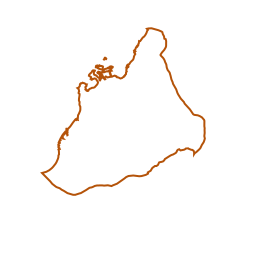 Massawa, Semenawi Keyih Bahri, Eritrea (Mercator projection), rotated 224°
{"feature_id": "51966322B1208427285915", "entity_name": "Massawa", "entity_type": "district", "adm_level": 2, "iso_a3": "ERI", "parent_name": "Eritrea", "parent_adm1": "Semenawi Keyih Bahri", "projection": "mercator", "projection_center": [39.431, 15.642], "detail": "fine", "context": "isolated", "style": "outline", "palette": "amber", "viewbox_px": 256, "rotation_deg": 224, "n_neighbors": 0, "source": "geoboundaries", "source_scale": "gbopen_adm2", "svg_char_len": 5958}
<svg xmlns="http://www.w3.org/2000/svg" viewBox="0 0 256 256"><g transform="rotate(224 128 128)"><path d="M183.3,212.5L181.8,212.3L181.6,210.9L180.9,209.6L180.2,207.3L179.9,205.1L180.2,203.3L179.6,199.0L179.8,198.5L180.4,198.2L179.0,196.3L179.0,195.8L178.1,194.7L178.2,193.6L178.5,193.6L178.5,193.3L178.3,192.3L177.8,192.5L177.8,192.3L178.1,191.2L177.4,189.8L177.4,188.1L176.1,188.3L176.2,187.9L176.6,187.8L176.6,187.1L176.0,186.5L175.5,186.5L175.1,186.8L174.1,186.2L174.1,185.7L173.4,183.6L172.6,182.5L171.8,180.8L171.9,176.9L171.4,174.7L171.6,174.0L172.0,173.9L172.2,173.3L172.2,172.4L171.7,171.3L171.0,171.1L170.9,170.7L170.3,170.4L170.1,169.2L169.5,168.9L169.0,168.0L168.1,167.7L168.1,166.7L166.9,165.4L167.0,164.3L166.5,163.7L166.9,162.6L166.5,161.7L166.9,161.0L167.0,159.8L167.9,158.3L170.0,157.7L171.2,156.8L171.6,156.8L171.7,157.1L172.2,157.2L172.5,157.1L173.0,156.7L173.9,156.5L175.0,154.4L175.1,153.9L175.5,153.4L181.3,156.5L181.2,156.9L179.9,157.3L179.7,157.6L180.5,157.6L180.4,158.1L180.8,158.1L180.9,157.7L181.6,158.4L181.7,159.2L181.2,160.1L181.1,160.7L181.3,161.3L181.6,161.3L182.0,160.5L182.5,160.6L182.6,160.8L183.1,160.6L183.8,159.3L183.7,159.0L183.1,158.7L183.4,157.6L184.2,157.5L184.4,157.0L184.4,156.2L185.6,154.4L185.5,152.9L185.9,152.5L185.6,150.9L184.7,150.5L184.6,150.9L184.0,151.4L183.0,153.4L182.7,154.0L182.0,154.5L181.5,156.1L175.9,153.0L178.0,150.0L179.2,149.9L179.8,149.6L179.9,148.0L180.1,147.5L178.3,147.4L178.4,146.9L181.8,146.8L181.9,147.7L182.5,147.9L183.6,147.2L183.9,147.4L183.8,148.2L184.7,148.1L185.7,148.5L185.7,149.1L186.0,149.3L186.3,148.8L187.1,148.7L188.5,147.9L188.5,146.6L187.8,146.4L187.0,146.8L185.8,146.7L184.4,146.2L184.0,146.0L184.0,145.7L183.7,145.6L182.7,146.0L182.4,145.9L181.8,145.4L181.7,144.2L181.2,143.1L181.2,142.8L181.8,142.8L182.2,143.0L182.6,143.7L183.1,144.0L185.2,143.5L186.1,143.7L187.9,143.6L188.1,143.3L189.3,142.9L190.1,143.2L191.2,144.3L191.7,145.0L191.5,146.0L191.7,146.3L192.3,146.0L193.2,145.2L193.3,144.1L192.8,142.3L193.0,141.7L193.0,139.6L192.9,139.1L192.4,138.4L190.2,139.0L189.8,138.8L189.7,138.3L188.8,137.8L188.8,137.4L188.5,137.5L188.4,138.0L188.1,138.2L187.6,137.6L187.4,137.9L187.4,139.1L186.8,139.5L186.6,140.3L186.1,140.7L185.0,141.0L183.0,140.5L182.3,140.5L181.3,140.0L180.7,138.9L180.4,137.9L180.3,134.1L180.8,133.0L181.8,131.9L182.4,130.2L182.8,129.5L182.8,128.3L182.4,127.2L182.8,126.5L183.4,126.2L183.7,126.8L184.4,126.2L185.4,126.1L185.9,127.2L187.0,127.7L187.2,128.2L187.0,129.1L187.1,129.6L187.8,129.9L188.0,130.7L188.9,130.1L190.3,130.0L191.2,129.4L192.1,129.1L192.4,127.7L192.9,127.6L193.1,126.6L192.7,125.7L191.8,124.7L191.6,122.7L192.1,121.6L191.6,121.6L191.5,122.0L190.9,122.0L188.6,120.4L188.5,119.8L188.0,119.0L187.6,118.7L186.7,118.9L185.9,118.3L183.5,114.9L182.3,113.6L180.9,113.1L179.3,111.2L178.7,110.8L177.1,110.2L175.9,109.0L174.8,107.8L174.2,106.7L173.1,103.8L172.8,102.5L171.0,100.3L171.3,99.9L171.1,99.3L170.4,99.4L169.8,99.0L170.5,98.6L170.7,97.8L171.0,97.8L171.5,98.3L171.7,98.2L171.8,97.7L171.4,93.8L170.6,88.9L170.6,85.5L169.9,84.5L170.3,84.5L170.8,85.1L171.1,85.2L171.8,84.7L171.7,84.4L168.9,83.0L169.2,82.7L169.1,82.3L168.0,82.1L167.3,81.3L166.6,81.1L166.5,80.9L166.6,80.6L167.6,81.2L169.8,81.5L170.5,81.8L170.5,82.3L170.6,82.2L170.5,80.4L170.2,80.3L170.0,80.6L169.7,80.5L169.4,79.3L169.4,78.8L169.6,78.7L170.1,78.8L170.2,79.7L170.4,79.4L170.3,77.9L169.5,77.1L169.9,77.0L170.0,77.2L170.1,76.8L170.0,76.5L169.6,76.5L169.6,75.5L167.2,75.4L167.5,75.2L169.4,75.1L169.4,74.4L168.8,72.8L168.1,72.6L167.9,72.4L168.0,71.8L168.7,72.1L167.7,69.2L167.2,69.0L166.6,68.2L166.3,66.7L166.1,67.7L165.2,67.5L165.1,67.1L165.4,66.6L164.7,65.8L164.2,65.6L163.4,65.9L162.8,65.6L163.1,65.4L163.0,64.1L162.4,64.0L161.9,63.6L159.3,61.1L159.0,60.0L157.7,58.5L156.9,56.9L155.7,53.7L155.3,52.0L154.9,48.0L154.9,46.1L155.3,43.0L156.3,39.8L158.6,35.9L146.9,35.6L143.7,35.2L139.0,35.7L137.7,36.1L135.8,37.0L134.8,37.3L132.9,37.5L130.6,38.2L126.3,39.1L121.1,41.8L119.6,43.2L117.4,47.3L116.7,48.4L115.0,54.4L114.2,58.1L113.7,59.0L113.3,59.4L112.5,60.8L111.6,63.3L111.0,64.2L110.4,65.1L106.8,68.7L105.1,70.0L102.7,72.8L99.5,74.8L99.1,76.1L97.2,80.3L95.5,89.2L95.2,91.5L94.3,93.8L91.2,97.5L86.4,101.1L84.9,102.8L82.6,106.7L81.9,109.1L82.9,109.8L82.0,113.0L82.7,115.8L82.7,116.6L82.2,119.4L81.1,120.5L80.8,122.3L81.7,124.8L81.3,125.6L80.3,127.0L79.6,128.3L79.5,129.9L79.9,131.3L78.5,137.1L78.0,138.7L77.2,140.2L76.3,143.2L76.5,144.8L77.0,145.9L77.0,147.0L76.4,148.3L74.7,148.3L72.6,151.3L72.2,152.4L72.1,153.5L70.5,155.2L69.9,155.2L67.3,156.3L66.6,156.9L65.0,157.2L63.5,156.4L62.3,155.1L62.5,156.1L62.1,158.5L61.9,162.3L62.0,163.9L63.1,167.1L63.7,170.3L64.4,171.9L65.4,173.8L67.5,175.2L69.4,177.7L71.6,179.8L72.7,181.1L74.3,182.3L78.0,186.2L78.9,186.7L82.2,187.0L84.7,186.4L86.6,185.6L89.3,183.6L90.1,183.3L90.7,183.2L96.4,184.4L103.0,184.8L104.3,184.9L105.7,185.5L110.4,185.8L115.2,187.0L116.9,187.6L120.2,189.3L126.4,191.1L127.6,191.9L130.5,193.1L133.6,195.1L136.6,196.8L139.8,197.3L142.1,198.4L144.6,200.3L147.5,201.4L148.5,202.0L150.0,202.5L151.5,202.8L155.0,202.9L155.5,203.3L156.0,205.7L156.2,209.4L156.9,212.3L157.6,213.5L160.9,217.0L162.6,218.1L163.9,217.5L165.8,219.0L168.1,219.7L169.9,220.8L170.8,220.7L174.0,219.5L180.3,216.1L182.3,214.0L183.3,212.5ZM171.0,171.1L171.0,171.5L171.4,171.5L171.7,172.0L171.5,172.4L170.6,172.7L170.2,172.4L170.1,172.0L171.0,171.1ZM167.2,69.0L167.8,69.8L167.7,70.1L167.1,69.9L166.1,70.3L167.2,69.0ZM194.0,150.2L193.3,149.3L192.8,149.6L192.3,150.3L191.9,150.3L191.4,150.0L190.6,150.3L190.3,150.3L187.3,151.9L187.1,152.1L187.2,153.1L187.8,153.4L188.4,154.6L188.9,154.8L189.3,154.5L189.9,154.4L190.7,153.8L190.9,153.4L192.1,153.3L192.2,153.1L192.2,152.5L191.7,152.5L191.6,152.3L191.8,152.0L193.4,151.8L194.1,150.7L194.0,150.2ZM193.4,162.6L193.5,162.4L193.1,161.5L193.0,160.6L192.7,160.6L192.4,161.1L192.4,162.1L192.1,162.5L191.7,162.6L191.8,162.8L192.5,162.8L192.8,162.9L193.4,162.6Z" fill="none" stroke="#b45309" stroke-width="2"/></g></svg>